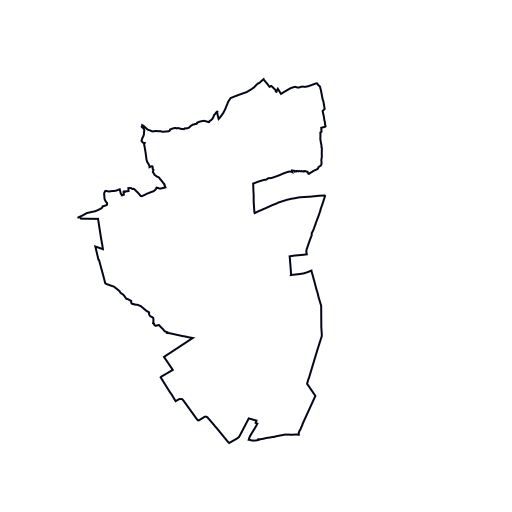 Vanju Mare, Mehedinti, Romania, rotated 326°
{"feature_id": "2599482B43944319734249", "entity_name": "Vanju Mare", "entity_type": "district", "adm_level": 2, "iso_a3": "ROU", "parent_name": "Romania", "parent_adm1": "Mehedinti", "projection": "albers", "projection_center": [22.89, 44.417], "detail": "fine", "context": "isolated", "style": "outline", "palette": "ink", "viewbox_px": 512, "rotation_deg": 326, "n_neighbors": 0, "source": "geoboundaries", "source_scale": "gbopen_adm2", "svg_char_len": 6092}
<svg xmlns="http://www.w3.org/2000/svg" viewBox="0 0 512 512"><g transform="rotate(326 256 256)"><path d="M201.3,420.9L227.0,405.2L226.9,390.5L229.7,388.1L232.3,386.2L254.6,368.0L265.5,359.4L266.4,358.3L270.3,351.6L282.2,333.7L284.8,325.2L286.2,321.6L287.8,316.4L290.5,308.8L291.1,306.7L291.6,305.6L293.4,299.9L293.8,299.1L289.2,298.1L285.8,297.1L282.2,295.4L274.3,291.3L274.7,291.0L276.8,287.4L280.9,280.2L281.3,279.2L282.3,277.9L282.4,277.5L283.7,275.1L288.2,277.2L295.6,281.3L299.0,283.0L300.3,280.3L301.6,278.9L310.1,272.5L313.5,270.2L314.5,269.0L314.7,268.4L317.7,266.8L323.1,262.9L324.4,261.8L329.5,258.3L334.8,254.3L335.4,253.6L341.7,248.9L347.5,244.3L347.0,244.4L346.7,244.2L342.3,241.5L334.6,237.4L324.6,231.5L320.4,229.8L317.5,228.4L313.0,226.7L304.5,224.2L302.6,224.0L297.8,222.9L290.3,221.7L288.7,221.3L285.8,220.9L284.6,220.5L278.9,219.7L278.9,219.4L280.0,217.3L284.6,209.4L288.2,204.1L290.6,200.0L293.8,195.0L294.1,194.4L299.0,195.5L304.3,197.1L306.3,197.9L307.1,198.4L309.7,198.4L312.2,199.9L315.2,200.8L320.5,202.1L325.0,202.9L329.1,204.0L331.2,204.8L332.2,205.7L332.8,206.6L332.9,206.1L333.7,205.2L335.6,207.0L335.6,207.3L335.4,207.7L336.7,208.1L336.7,208.4L337.6,208.4L338.1,209.0L338.4,209.5L338.8,209.5L339.5,209.9L340.5,210.7L340.5,210.9L340.6,211.0L341.2,211.0L342.0,211.9L342.6,212.2L342.6,212.5L342.8,212.7L343.3,212.5L343.5,212.6L343.6,212.9L344.1,213.0L344.5,213.4L345.2,214.4L345.8,215.0L345.5,216.0L345.5,217.2L345.6,217.4L345.9,217.6L346.6,217.4L349.6,217.6L351.4,217.6L355.5,218.3L356.4,218.1L357.4,217.3L360.3,217.2L360.9,217.0L361.9,216.2L363.9,212.9L366.2,210.4L367.8,207.8L368.7,206.6L370.8,203.5L371.1,202.9L371.1,202.5L372.2,200.8L373.4,197.8L374.9,194.7L376.3,192.9L378.4,189.6L378.6,189.5L379.1,189.7L379.8,189.6L381.8,186.2L385.6,187.5L386.2,187.4L387.0,185.2L388.1,183.3L388.6,181.6L390.1,178.6L392.3,173.1L395.2,172.4L398.3,165.6L398.8,163.5L402.5,154.9L403.8,151.1L403.6,150.6L403.1,148.8L403.2,147.4L403.0,146.9L402.4,146.5L394.6,144.6L392.1,143.6L390.8,142.9L389.6,141.8L388.0,140.9L387.3,140.8L385.5,140.2L384.5,139.4L383.1,137.7L382.0,137.2L378.5,136.2L371.0,135.7L367.4,135.6L367.4,134.7L367.6,129.6L365.8,130.6L364.8,131.3L364.4,130.7L365.1,130.0L364.1,124.8L363.7,123.5L362.0,123.4L361.8,123.3L361.6,119.5L361.0,114.0L361.1,113.7L357.1,114.1L356.7,114.4L355.1,114.3L354.6,114.1L352.1,114.3L348.8,115.1L345.7,115.2L340.0,114.9L331.9,112.8L323.6,110.9L323.0,111.0L319.5,112.4L312.5,117.1L308.7,119.2L304.0,120.9L301.7,121.5L303.1,117.5L304.1,115.3L304.3,115.0L305.4,114.5L303.4,114.7L303.0,115.0L302.5,115.0L301.5,115.5L300.2,115.6L297.8,117.4L297.3,117.4L296.5,118.0L295.6,118.0L294.7,118.3L293.1,118.1L292.3,118.7L292.0,118.7L291.6,118.6L289.7,116.1L288.4,114.8L285.8,113.6L283.3,112.8L281.7,112.6L281.4,112.7L281.1,113.1L280.6,113.2L279.6,112.7L278.7,112.3L278.2,112.3L276.9,111.7L274.4,111.7L272.5,112.1L270.7,111.8L269.2,111.0L268.4,110.4L267.3,110.6L264.6,108.4L263.2,106.5L261.6,105.8L261.2,105.5L261.0,104.9L259.2,104.0L255.5,103.1L254.5,103.9L253.4,103.8L248.9,101.3L247.6,100.4L246.3,98.8L245.5,98.5L242.8,96.3L239.9,94.9L236.8,90.5L235.6,85.3L235.2,84.5L234.9,84.1L234.8,83.9L234.4,84.4L233.7,84.7L233.5,85.1L233.6,85.9L234.1,87.3L234.1,87.8L234.0,88.5L233.5,89.6L232.4,90.7L231.4,92.2L229.3,93.9L228.0,94.5L225.7,96.3L225.5,96.6L225.5,97.7L225.7,98.8L225.8,99.1L226.9,100.1L226.0,100.7L225.3,101.4L224.9,103.0L224.4,103.8L222.4,108.3L219.2,114.7L218.4,117.1L218.4,119.5L217.8,122.4L217.5,122.8L219.3,123.1L219.9,123.4L220.2,123.8L220.1,124.4L219.1,125.9L219.2,127.1L219.1,127.4L217.7,128.3L217.4,128.8L217.5,129.9L217.3,132.0L218.1,134.3L218.5,135.1L219.0,135.8L219.5,136.9L219.5,138.6L219.8,140.3L219.9,143.3L220.1,144.3L220.2,145.5L219.8,145.7L219.3,148.5L215.0,146.9L213.8,146.2L213.5,145.9L213.1,145.1L211.8,143.7L211.5,143.8L211.4,144.2L211.1,144.4L208.4,145.0L207.1,145.0L204.6,144.3L202.0,143.8L200.7,143.4L197.9,143.1L194.9,142.6L194.0,141.8L193.8,140.4L193.7,138.6L192.4,132.3L191.9,131.7L191.4,131.6L190.9,131.2L190.5,130.0L190.2,129.7L188.2,128.3L186.6,130.9L185.4,130.3L182.9,128.8L182.7,129.4L181.9,129.0L180.7,131.3L179.1,130.8L178.8,130.8L178.8,128.7L180.3,124.5L176.6,123.6L174.6,122.7L172.6,121.4L170.2,120.4L168.4,118.5L167.5,117.8L166.1,118.5L165.0,119.3L162.6,123.5L162.3,124.3L162.1,125.2L161.9,126.7L162.1,129.0L161.1,130.2L159.4,130.0L156.7,129.1L155.6,129.8L154.7,130.0L150.2,129.5L147.2,128.8L145.2,127.9L139.7,125.8L134.8,125.4L129.4,124.5L132.0,125.3L131.7,126.9L131.8,127.2L145.8,136.9L137.4,154.8L134.6,161.2L132.9,164.7L128.1,158.3L123.3,171.0L123.6,171.6L117.8,188.6L115.8,194.2L116.1,195.2L119.4,199.8L120.9,201.6L121.3,202.6L123.1,208.4L123.2,209.1L123.1,210.7L124.4,214.2L124.5,215.4L124.5,217.3L124.6,219.0L124.9,219.4L125.5,219.9L127.4,223.5L127.0,224.0L126.7,224.4L126.4,225.1L126.5,226.2L126.7,226.7L127.2,226.9L127.4,227.3L127.9,227.6L127.9,227.9L128.4,228.5L130.8,230.5L131.7,232.1L132.4,233.0L134.6,240.6L135.3,241.7L135.8,242.8L135.8,243.0L135.4,243.2L134.7,244.8L134.6,246.4L134.9,247.2L135.7,248.6L136.2,249.7L135.4,251.4L133.7,253.7L133.1,254.2L133.5,254.6L133.7,255.0L133.4,255.3L133.2,256.6L133.4,256.8L133.8,257.8L136.9,258.9L137.5,262.5L137.9,264.2L138.2,267.3L138.8,268.2L139.8,269.6L139.2,270.0L139.8,270.6L140.9,271.4L150.7,281.7L152.1,282.9L152.9,283.9L153.3,284.1L154.6,285.6L157.7,288.6L123.3,288.2L123.3,303.9L110.8,303.1L109.9,303.1L109.1,303.3L108.5,320.6L108.6,324.3L108.3,328.7L108.2,331.4L112.3,331.7L113.9,332.6L114.7,333.4L115.0,335.1L115.7,357.8L115.9,359.6L116.6,360.3L123.6,360.6L124.7,361.2L125.5,362.4L126.7,372.6L126.8,374.4L127.2,377.0L128.8,394.3L129.2,396.0L138.1,396.7L140.6,396.6L143.9,394.9L159.2,386.6L164.3,392.7L162.4,394.1L163.4,395.7L160.5,397.3L151.3,401.5L149.4,402.5L147.2,404.3L148.5,405.4L148.9,406.2L151.3,408.1L153.4,409.2L154.5,409.5L155.2,409.9L155.5,409.3L156.7,410.1L159.1,411.3L163.1,412.8L165.7,414.1L169.2,415.6L169.6,416.1L170.3,416.2L172.8,417.1L180.2,420.3L183.9,422.8L184.6,423.5L189.4,426.4L191.5,428.1L192.4,426.6L194.7,425.0L195.8,424.7L197.4,423.5L198.6,422.9L201.3,420.9Z" fill="none" stroke="#020617" stroke-width="2"/></g></svg>